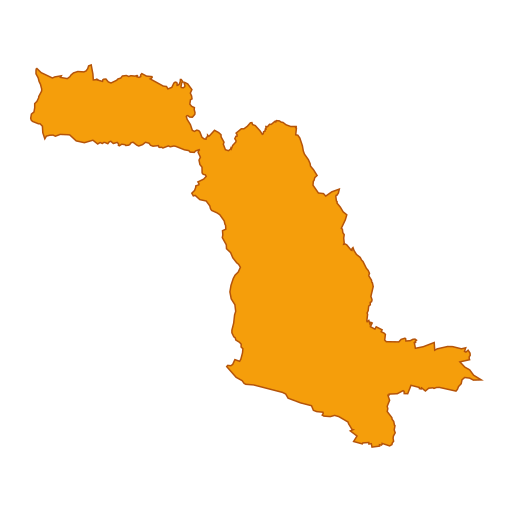 Izvoru Barzii, Mehedinti, Romania (Albers equal-area conic projection)
{"feature_id": "2599482B77964266021136", "entity_name": "Izvoru Barzii", "entity_type": "district", "adm_level": 2, "iso_a3": "ROU", "parent_name": "Romania", "parent_adm1": "Mehedinti", "projection": "albers", "projection_center": [22.639, 44.717], "detail": "fine", "context": "isolated", "style": "filled", "palette": "amber", "viewbox_px": 512, "rotation_deg": 0, "n_neighbors": 0, "source": "geoboundaries", "source_scale": "gbopen_adm2", "svg_char_len": 5988}
<svg xmlns="http://www.w3.org/2000/svg" viewBox="0 0 512 512"><path d="M310.1,163.6L308.4,159.7L304.5,154.2L303.3,151.0L302.4,145.8L299.8,138.0L297.8,135.2L295.7,134.8L296.4,128.3L295.7,127.7L296.3,127.0L296.2,126.5L290.7,126.5L286.1,124.8L282.9,122.4L281.3,122.2L279.4,120.9L276.5,120.6L275.8,121.9L275.1,121.2L271.2,124.4L269.5,124.3L267.5,126.7L265.9,126.5L266.1,127.9L265.5,128.5L266.0,129.2L265.0,130.0L265.0,131.2L263.6,131.7L263.2,133.8L262.3,134.3L260.0,130.8L255.3,125.6L252.6,124.6L251.9,122.6L250.4,122.8L247.3,126.3L243.9,128.8L241.3,128.8L236.1,133.1L237.1,134.7L237.0,136.2L235.9,136.3L234.8,138.7L236.0,140.6L235.9,141.9L232.7,145.4L231.3,148.9L230.9,148.1L230.5,149.2L228.4,150.7L225.4,149.7L223.3,144.2L224.0,142.2L221.1,136.9L221.0,134.7L218.7,132.6L214.5,130.3L209.4,135.9L208.6,136.2L207.6,135.1L207.6,136.5L206.3,137.5L206.0,139.2L204.0,138.8L201.9,137.2L199.9,132.0L198.8,130.7L196.8,130.1L194.4,131.4L192.3,130.3L190.4,124.6L187.1,119.3L186.3,116.5L186.9,115.7L187.8,115.6L189.8,117.1L192.4,117.2L194.8,114.4L195.0,112.6L194.2,109.6L194.4,107.6L191.6,106.3L189.8,104.1L190.5,99.7L192.0,98.9L191.6,96.0L190.3,93.1L191.9,89.6L187.7,83.9L184.5,82.3L184.0,82.6L184.9,85.7L184.7,86.7L183.3,87.8L181.3,87.5L181.0,86.5L181.6,83.3L182.0,82.3L183.0,81.9L181.2,79.5L180.4,79.5L180.2,81.9L179.2,84.2L177.8,85.3L177.1,85.4L177.1,83.3L176.7,82.5L175.2,82.1L173.9,83.0L171.8,87.4L167.9,88.9L166.5,86.5L163.3,86.1L150.2,78.9L151.5,78.2L152.2,77.2L151.9,76.6L146.5,76.1L141.8,73.6L140.6,75.0L140.7,76.6L139.0,77.4L136.9,76.7L137.4,75.7L137.1,75.5L135.0,76.1L130.8,75.7L128.8,76.5L126.3,75.5L122.4,76.0L120.7,78.1L118.0,78.9L116.6,80.3L111.0,83.0L108.3,81.9L105.9,79.0L103.7,79.2L102.8,79.8L102.5,81.4L97.4,80.0L97.7,79.6L96.8,79.1L95.4,79.8L93.3,79.9L92.9,74.0L91.2,64.9L88.6,65.9L87.7,68.7L86.0,71.0L83.8,71.9L77.8,71.5L73.5,72.9L71.0,75.0L69.9,76.7L67.3,78.6L60.4,77.4L61.3,75.8L54.8,76.9L52.4,78.0L41.1,72.6L36.9,68.5L36.2,69.0L36.0,70.6L36.0,73.8L38.2,77.9L39.1,81.5L40.5,84.4L41.7,89.1L41.6,91.1L38.7,96.6L38.7,97.7L36.9,101.4L34.7,103.6L34.7,107.7L34.0,111.9L31.4,114.1L30.7,118.2L31.2,120.1L32.5,121.4L38.5,123.8L40.1,123.8L42.4,126.2L42.8,132.7L44.8,138.8L46.4,136.1L49.9,135.2L53.1,135.1L55.4,136.2L60.2,134.4L67.4,134.7L69.7,134.9L76.2,140.9L84.4,142.7L92.9,140.2L97.7,144.0L100.1,142.5L102.3,143.5L103.9,142.4L105.0,142.5L107.8,143.7L109.3,141.8L110.8,141.3L113.3,143.5L117.2,142.4L118.6,143.9L118.4,145.3L119.3,145.8L121.8,144.2L125.0,144.7L125.8,145.5L128.4,145.2L129.7,144.6L131.0,142.8L133.0,142.2L136.9,145.2L138.8,146.0L142.6,144.6L145.5,142.3L149.0,143.2L150.6,145.3L153.0,146.2L158.4,145.6L158.7,146.9L159.5,147.4L161.7,147.3L162.9,148.0L168.4,145.9L170.2,146.8L173.9,146.0L175.9,146.4L184.4,149.8L188.8,150.6L190.1,152.1L194.3,152.4L195.5,151.0L199.2,149.6L199.4,150.0L198.4,151.1L198.1,152.3L200.4,157.2L199.0,160.1L199.9,164.5L202.0,167.2L202.1,172.9L203.2,174.3L205.4,174.9L206.2,176.4L203.7,179.1L197.9,181.9L199.0,183.9L198.8,184.8L195.8,185.9L195.7,187.4L194.6,190.4L191.8,193.2L193.3,195.9L195.2,195.4L199.8,199.6L206.2,201.0L209.8,205.9L210.5,208.7L211.6,210.4L217.1,212.9L219.8,214.7L224.2,220.9L224.9,224.1L225.6,225.4L225.8,229.2L222.5,230.7L222.8,235.0L222.3,237.6L226.3,244.8L226.5,248.7L230.6,252.6L232.8,257.8L236.7,262.8L238.6,264.3L240.4,267.3L238.2,272.1L235.1,275.1L233.3,278.4L231.0,285.3L229.9,291.9L231.2,298.8L234.9,304.7L235.7,311.4L234.6,314.8L233.7,323.0L231.9,330.1L231.9,332.8L233.8,336.8L235.2,337.8L235.8,340.0L239.5,342.3L241.2,344.2L241.1,347.0L242.9,348.7L242.5,352.9L240.8,359.3L239.6,361.3L234.9,359.6L232.7,364.4L230.9,365.7L227.7,365.4L226.7,366.6L236.1,377.3L242.2,380.7L244.1,383.4L245.8,384.3L253.5,384.9L282.5,392.4L285.7,394.0L288.1,398.2L300.6,402.9L311.5,405.7L313.4,410.3L316.7,411.6L322.9,412.2L323.2,413.5L322.2,415.1L323.9,416.1L330.3,416.6L334.6,415.4L338.8,416.6L348.0,422.0L348.6,423.8L352.0,429.4L353.0,429.7L350.3,430.9L357.0,436.0L353.6,441.5L362.3,443.9L362.9,442.9L368.8,442.5L368.9,444.0L371.3,443.7L372.0,447.1L379.6,446.1L379.5,444.7L381.4,445.1L382.1,444.4L382.1,443.4L389.6,445.9L391.9,444.6L392.3,442.9L393.6,441.3L393.1,438.3L393.4,436.1L395.2,432.8L394.2,429.9L395.0,425.7L394.6,425.2L394.6,425.8L393.7,421.4L392.1,419.3L391.9,417.7L387.2,411.5L387.8,408.7L387.2,406.3L389.6,400.3L387.9,395.2L389.2,394.9L389.2,394.1L397.3,393.7L403.0,390.7L404.1,391.4L404.2,393.6L407.7,393.7L411.0,385.3L419.5,387.5L419.4,388.6L421.2,389.0L421.6,387.9L425.4,391.0L428.7,388.2L432.8,387.8L434.0,388.4L436.4,387.5L439.4,387.4L456.0,391.1L457.4,389.4L458.5,386.6L461.2,383.7L462.0,379.8L464.7,377.5L469.6,378.1L473.4,380.1L481.3,379.9L473.6,375.2L469.7,369.9L464.8,367.1L459.9,361.9L469.6,359.7L469.2,358.5L469.2,356.9L470.2,355.3L470.0,353.1L468.1,350.2L465.9,352.1L464.5,351.4L465.7,347.8L461.4,348.8L452.6,346.6L447.6,346.5L437.3,348.8L434.7,350.2L434.2,342.5L423.3,346.7L415.4,348.3L414.3,342.5L415.1,342.1L415.7,343.0L415.4,341.2L416.5,340.2L415.0,339.1L412.9,339.3L410.2,340.7L405.9,341.0L405.6,338.6L404.9,338.2L401.1,339.4L398.8,341.9L386.3,341.7L384.7,340.1L385.4,334.4L384.2,333.2L381.2,331.7L382.1,329.8L376.2,326.8L374.9,329.1L370.4,326.7L372.2,323.0L370.8,322.3L369.9,323.9L368.8,320.4L367.2,321.7L366.8,320.9L367.6,314.4L367.1,313.0L368.2,310.6L368.7,306.1L370.3,304.8L370.2,302.4L371.5,301.8L371.9,300.6L372.0,299.6L370.9,296.4L373.2,286.6L372.4,282.8L371.7,282.0L371.5,280.2L368.9,276.0L368.8,275.1L369.5,273.4L368.2,270.5L366.3,268.2L363.0,261.5L361.6,260.1L360.2,257.4L356.5,254.5L354.0,250.5L353.0,247.6L352.0,248.6L351.9,250.4L351.1,250.1L346.7,244.8L345.1,244.0L343.7,244.3L344.2,242.9L343.7,238.1L344.2,234.7L342.8,232.6L342.4,229.2L341.3,228.3L345.3,219.9L346.8,214.8L343.1,211.8L340.3,207.1L337.1,203.2L337.1,201.7L336.4,200.9L335.8,196.4L336.2,195.3L336.9,195.3L338.4,193.0L339.3,189.1L331.8,191.8L325.7,196.1L323.5,193.6L318.4,193.0L313.0,185.2L313.3,181.3L314.0,180.5L314.8,177.6L317.1,175.5L313.5,169.7L310.5,166.1L310.1,163.6Z" fill="#f59e0b" stroke="#b45309" stroke-width="1.5"/></svg>